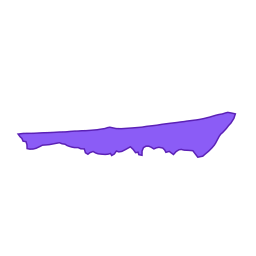 Barra dos Coqueiros, Sergipe, Brazil (Albers equal-area conic projection), rotated 225°
{"feature_id": "56859067B3534711848449", "entity_name": "Barra dos Coqueiros", "entity_type": "district", "adm_level": 2, "iso_a3": "BRA", "parent_name": "Brazil", "parent_adm1": "Sergipe", "projection": "albers", "projection_center": [-36.963, -10.848], "detail": "fine", "context": "isolated", "style": "filled", "palette": "violet", "viewbox_px": 256, "rotation_deg": 225, "n_neighbors": 0, "source": "geoboundaries", "source_scale": "gbopen_adm2", "svg_char_len": 1698}
<svg xmlns="http://www.w3.org/2000/svg" viewBox="0 0 256 256"><g transform="rotate(225 128 128)"><path d="M62.1,213.9L65.5,211.7L68.5,209.6L69.7,207.6L71.3,204.5L73.2,201.9L74.8,199.3L76.6,196.0L77.8,193.7L79.5,190.9L81.3,187.9L83.3,184.9L85.3,182.1L86.8,180.2L88.6,177.9L90.0,176.1L91.4,174.3L92.8,172.3L95.2,169.3L96.9,167.0L98.3,165.2L101.1,161.7L103.2,159.0L106.6,154.6L109.4,150.6L112.4,146.8L116.1,142.2L118.7,138.5L124.8,131.3L132.3,122.7L136.0,119.2L138.3,117.7L141.4,115.7L142.7,113.8L144.0,111.2L145.7,108.9L147.1,107.0L148.6,104.9L150.8,102.3L153.5,99.1L156.0,96.2L158.8,93.3L161.2,90.5L163.6,88.0L166.3,84.9L169.3,81.2L173.5,76.8L177.3,72.5L181.5,67.9L185.1,64.1L191.1,57.4L196.2,52.2L198.3,50.0L201.4,46.0L198.0,45.5L195.7,45.6L192.9,44.5L190.5,46.2L187.7,44.8L184.8,42.1L182.5,43.6L180.1,46.2L178.6,48.8L177.1,53.0L176.4,55.3L174.0,58.1L171.9,60.6L166.1,69.1L163.5,70.2L161.1,72.0L158.8,72.5L156.6,73.5L154.2,74.8L152.0,76.3L149.4,78.9L146.7,79.9L144.1,82.3L140.6,80.4L137.8,81.1L137.5,83.6L136.1,86.7L133.4,87.4L130.9,88.6L128.2,90.8L125.4,93.2L123.6,95.4L122.4,97.6L120.1,97.0L119.3,99.9L119.9,103.5L117.6,104.6L115.8,107.1L114.6,110.8L113.0,116.4L109.2,116.5L105.2,115.9L103.8,118.0L101.5,116.8L98.8,118.6L101.8,121.7L103.2,125.1L102.4,127.9L100.5,129.8L98.0,130.8L94.9,131.5L93.9,134.1L92.5,136.2L89.3,138.4L86.5,138.4L84.0,137.6L82.3,140.6L77.1,141.4L77.3,145.3L76.6,148.6L75.2,150.5L72.6,152.1L69.4,155.0L66.1,157.8L58.0,156.7L56.5,159.0L55.2,160.9L55.0,164.0L54.6,168.6L54.6,173.5L54.9,177.0L55.4,179.3L56.3,182.2L57.7,186.8L58.1,189.3L57.9,191.7L58.0,194.6L58.1,197.1L58.6,200.8L58.7,204.2L59.9,209.6L62.1,213.9Z" fill="#8b5cf6" stroke="#5b21b6" stroke-width="1.5"/></g></svg>